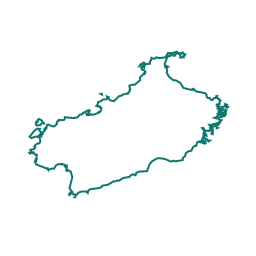 Sardegna, Nuoro, Italy (Mercator projection), rotated 64°
{"feature_id": "23120603B31191283857260", "entity_name": "Sardegna", "entity_type": "district", "adm_level": 2, "iso_a3": "ITA", "parent_name": "Italy", "parent_adm1": "Nuoro", "projection": "mercator", "projection_center": [9.015, 40.086], "detail": "fine", "context": "isolated", "style": "outline", "palette": "teal", "viewbox_px": 256, "rotation_deg": 64, "n_neighbors": 0, "source": "geoboundaries", "source_scale": "gbopen_adm2", "svg_char_len": 5671}
<svg xmlns="http://www.w3.org/2000/svg" viewBox="0 0 256 256"><g transform="rotate(64 128 128)"><path d="M89.7,214.1L92.8,220.3L94.7,219.2L95.2,214.8L96.6,212.7L96.0,212.6L96.0,212.2L99.3,211.8L102.2,213.1L102.9,214.8L102.2,216.6L102.7,218.5L103.5,220.3L104.8,219.8L105.8,221.6L104.8,225.3L107.3,225.2L106.9,227.5L108.1,227.2L107.4,225.6L108.7,225.0L108.4,223.7L111.7,222.9L112.0,221.7L115.6,223.7L115.4,224.4L116.9,226.0L117.2,224.8L118.9,226.6L120.3,226.6L129.2,218.5L129.0,217.9L130.6,218.0L130.1,217.5L131.0,216.7L130.8,215.1L132.1,212.2L130.3,209.8L129.8,206.9L131.3,203.4L132.0,204.0L132.3,204.1L131.3,203.4L133.1,201.2L133.9,200.6L134.3,201.0L134.8,201.2L135.1,201.3L134.0,200.7L135.0,199.9L135.3,201.1L135.2,199.6L137.3,200.7L136.4,200.7L136.1,201.1L137.3,200.7L139.2,202.2L139.8,201.6L139.2,201.2L139.5,200.3L142.2,198.6L147.8,199.6L156.5,207.0L160.6,206.2L160.6,208.1L161.9,209.2L161.8,207.1L162.8,206.1L164.0,206.2L164.6,204.9L165.4,202.6L164.3,201.1L164.9,197.1L166.8,193.4L168.8,192.7L166.9,191.2L166.4,189.0L169.5,179.6L169.4,177.3L168.6,176.3L170.2,170.9L169.6,164.3L170.4,163.0L170.4,160.6L171.4,159.5L170.9,154.2L172.6,148.0L171.8,146.6L171.7,144.0L173.8,141.9L172.0,140.3L172.0,137.3L175.1,129.8L170.0,124.4L168.4,120.6L168.1,115.6L168.6,113.5L171.8,108.6L177.0,104.1L177.4,101.3L178.8,100.0L180.8,92.9L178.8,91.6L178.5,89.4L176.1,87.0L175.4,84.0L176.2,81.0L173.8,78.1L173.3,75.6L174.0,74.7L171.1,71.9L171.2,70.3L172.3,69.7L171.6,68.8L172.0,67.8L173.4,68.1L174.6,67.0L173.2,67.2L171.7,65.6L170.7,66.3L169.9,65.6L170.0,64.1L169.3,64.6L167.6,63.3L169.4,60.8L167.8,60.5L165.9,62.5L164.2,60.7L160.6,61.4L160.9,60.4L161.6,60.6L161.9,60.5L161.0,60.4L160.5,60.2L165.1,60.1L164.6,58.9L166.2,56.8L165.5,55.5L167.3,53.9L169.8,55.5L170.7,54.6L166.3,52.3L165.8,53.3L165.1,52.9L165.2,53.9L163.9,53.9L164.2,51.1L162.1,51.7L162.0,53.3L160.7,53.5L162.0,51.4L161.8,49.8L162.9,49.2L162.2,48.5L162.5,47.4L163.0,46.8L163.0,47.3L163.7,47.7L164.9,46.0L164.2,44.3L162.9,44.7L163.3,43.1L162.0,43.1L162.8,42.8L162.0,41.2L161.0,41.7L161.4,42.0L161.7,42.5L158.3,42.3L158.6,43.8L156.8,45.8L157.1,43.0L156.1,42.4L156.0,41.3L154.5,41.1L155.6,39.5L152.3,39.0L151.9,37.0L150.3,37.3L149.8,38.1L150.7,38.1L149.9,38.9L149.2,37.4L148.9,38.3L147.3,38.2L148.0,37.5L147.1,36.1L146.5,38.2L145.8,37.7L146.7,35.4L144.0,33.8L143.9,32.8L142.0,33.6L141.2,34.9L141.3,33.7L139.4,34.7L138.3,33.8L138.1,35.0L139.7,35.2L138.8,37.8L139.9,39.8L138.8,41.3L136.8,41.4L136.1,43.0L134.6,43.6L132.2,42.8L130.1,43.8L125.0,50.7L121.8,51.8L122.3,52.8L121.2,53.0L121.4,54.6L116.3,60.6L110.5,61.2L106.4,63.9L104.6,66.6L99.9,68.6L95.4,69.0L93.0,67.3L91.6,67.4L91.9,66.7L91.4,67.5L90.6,67.5L90.6,66.7L90.1,67.6L89.1,67.8L89.2,66.7L88.7,67.4L88.9,66.5L91.0,66.4L88.8,66.5L88.6,67.4L86.6,67.0L81.6,61.7L81.0,59.3L81.5,59.5L81.8,58.0L79.6,56.4L78.1,59.2L80.9,63.5L78.7,69.6L77.0,71.2L77.4,73.4L76.8,74.9L75.2,76.2L77.2,77.7L77.9,79.3L79.8,80.1L78.5,84.1L76.0,85.1L76.4,88.8L77.3,90.3L77.5,87.7L79.1,85.6L80.7,87.0L79.7,87.6L79.7,89.7L82.3,89.6L82.6,88.4L85.3,87.6L86.8,89.4L86.2,90.0L86.6,90.3L86.0,89.9L88.0,95.3L90.3,96.0L92.0,102.7L90.6,106.7L90.8,108.5L94.0,108.9L94.2,109.8L95.9,110.4L96.4,112.7L97.1,112.8L95.7,117.4L96.1,119.8L95.4,121.7L97.7,129.0L95.3,131.9L92.7,132.7L91.9,131.9L90.4,133.1L92.0,133.4L92.8,134.7L91.4,138.0L92.1,140.6L91.6,143.4L94.1,145.5L94.1,147.6L96.1,143.9L97.6,143.4L97.4,144.1L98.7,143.5L100.1,144.4L100.9,145.4L100.8,147.0L101.3,146.8L101.4,147.1L102.5,147.0L101.4,147.2L101.0,152.7L100.2,154.7L98.7,156.1L99.5,156.7L98.3,159.3L97.4,159.1L98.0,158.7L95.6,154.8L94.6,155.7L94.7,159.4L95.4,159.7L94.5,161.7L95.6,163.0L94.9,165.6L96.3,168.6L95.1,172.9L90.6,180.1L92.6,181.3L92.7,182.4L90.3,186.8L91.3,187.4L91.0,188.4L91.7,189.6L93.2,190.0L94.2,193.3L93.4,195.2L89.8,198.4L89.9,199.6L92.0,201.2L91.4,201.3L92.7,204.6L92.6,202.8L94.3,204.3L94.2,207.8L96.0,207.2L96.9,210.1L97.4,210.0L96.0,212.2L95.4,210.0L93.6,208.0L91.1,208.8L90.1,207.5L88.8,210.2L89.7,214.1ZM86.9,44.2L86.4,45.2L84.1,45.7L84.8,48.0L83.6,48.1L82.6,50.1L80.7,50.8L80.5,52.1L81.4,52.2L80.3,53.6L80.1,55.2L83.0,55.5L83.5,53.9L82.5,53.1L82.5,52.0L82.1,52.2L81.8,52.3L81.6,52.2L84.5,48.7L87.7,50.1L88.3,48.3L87.8,47.6L88.8,46.9L87.3,45.8L87.6,45.0L86.9,44.2ZM86.3,201.7L83.6,202.2L80.9,203.9L81.0,205.4L82.7,206.3L82.3,206.9L83.0,207.4L82.4,208.0L84.1,209.2L86.1,208.7L86.7,205.3L86.2,205.1L86.7,205.1L86.1,203.9L86.3,201.7ZM155.4,32.0L155.0,33.5L154.7,33.4L154.5,32.8L154.1,32.6L154.3,33.9L152.8,34.8L153.0,36.8L156.5,36.5L156.4,35.3L157.1,34.9L156.6,34.7L156.3,35.6L156.1,35.7L156.5,34.3L155.7,32.9L156.3,32.8L155.4,32.0ZM158.6,33.9L157.8,34.0L157.9,35.8L157.2,35.7L157.1,37.3L157.7,37.7L156.9,37.4L156.9,38.4L156.3,38.5L156.7,39.2L157.5,38.3L158.5,40.3L159.3,38.9L158.2,38.6L159.7,36.0L158.6,33.9ZM175.4,61.5L175.2,60.1L174.7,60.9L171.2,63.1L171.2,63.3L175.4,61.5ZM150.5,33.2L150.0,34.7L150.9,35.3L151.7,34.1L150.5,33.2ZM175.5,64.8L173.8,64.4L173.5,65.0L175.1,65.8L175.5,64.8ZM155.3,37.0L154.1,37.8L154.0,38.5L155.4,38.6L155.3,37.0ZM152.9,28.7L151.8,29.6L152.0,30.4L153.2,29.5L152.9,28.7ZM151.7,30.5L150.1,30.8L151.5,31.3L151.7,30.5ZM150.5,28.7L150.0,29.3L151.0,29.5L150.3,29.7L151.6,29.9L150.5,28.7ZM80.4,55.6L80.3,56.7L81.1,56.7L81.1,56.1L80.4,55.6ZM86.5,136.8L85.7,136.6L85.5,137.5L86.5,136.8ZM167.2,47.4L166.7,47.9L166.4,47.9L167.1,48.3L167.2,47.4ZM165.4,49.0L164.7,48.9L164.8,49.1L165.4,49.0ZM162.5,209.6L162.1,210.0L162.6,210.1L162.5,209.6ZM153.0,28.7L152.3,28.5L153.0,28.7ZM167.1,205.7L166.8,205.5L166.9,206.0L167.1,205.7ZM162.0,40.5L161.7,40.8L162.1,40.8L162.0,40.5ZM87.2,201.4L86.7,201.5L87.2,201.5L87.2,201.4ZM169.9,63.4L169.6,63.5L170.1,63.4L169.9,63.4Z" fill="none" stroke="#0f766e" stroke-width="2"/></g></svg>